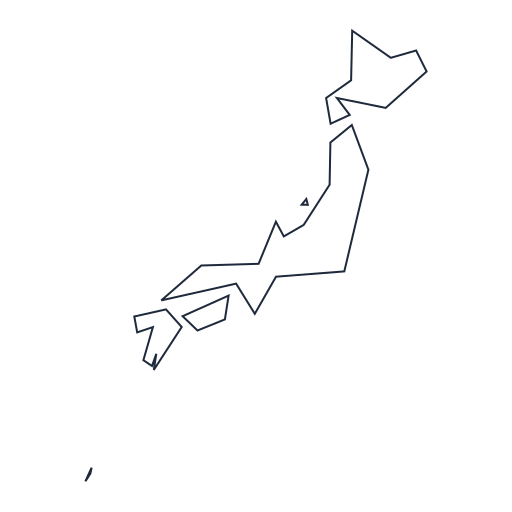 Japan, orthographic projection
{"feature_id": "JPN", "entity_name": "Japan", "entity_type": "country or territory", "adm_level": 0, "iso_a3": "JPN", "parent_name": "Asia", "parent_adm1": "", "projection": "orthographic", "projection_center": [135.292, 34.888], "detail": "coarse", "context": "isolated", "style": "outline", "palette": "slate", "viewbox_px": 512, "rotation_deg": 0, "n_neighbors": 0, "source": "natural_earth", "source_scale": "50m", "svg_char_len": 708}
<svg xmlns="http://www.w3.org/2000/svg" viewBox="0 0 512 512"><path d="M351.8,125.0L368.4,169.7L344.3,271.4L276.0,276.7L254.8,313.8L236.1,283.6L161.3,300.4L201.3,265.5L258.6,263.8L275.9,221.7L283.8,236.4L303.7,224.9L329.6,184.7L330.4,142.5L351.8,125.0ZM390.8,57.8L416.1,50.5L426.6,71.5L385.7,107.9L336.9,98.0L349.7,114.9L330.6,123.7L326.1,98.0L351.1,80.3L352.2,30.7L390.8,57.8ZM166.0,309.4L181.7,327.0L153.8,369.9L156.3,353.8L152.0,366.0L143.4,360.2L152.9,327.1L137.2,332.4L134.3,316.5L166.0,309.4ZM228.6,295.6L224.9,319.4L197.5,330.5L182.6,316.2L228.6,295.6ZM91.6,467.7L90.4,473.5L85.4,481.3L91.6,467.7ZM307.8,204.8L301.7,204.7L306.3,199.0L307.8,204.8Z" fill="none" stroke="#1e293b" stroke-width="2"/></svg>